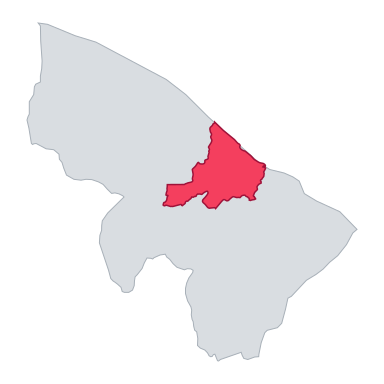 Grand Bassa on a map of Liberia (Albers equal-area conic projection), rotated 180°
{"feature_id": "LBR-785", "entity_name": "Grand Bassa", "entity_type": "County", "adm_level": 1, "iso_a3": "LBR", "parent_name": "Liberia", "parent_adm1": "", "projection": "albers", "projection_center": [-9.727, 6.117], "detail": "fine", "context": "in_parent", "style": "filled", "palette": "rose", "viewbox_px": 384, "rotation_deg": 180, "n_neighbors": 0, "source": "natural_earth", "source_scale": "10m", "svg_char_len": 6265}
<svg xmlns="http://www.w3.org/2000/svg" viewBox="0 0 384 384"><g transform="rotate(180 192 192)"><path d="M27.0,154.6L31.2,151.0L37.5,139.4L46.3,128.3L54.4,121.7L60.9,114.9L67.8,109.7L77.6,103.7L92.6,87.7L96.1,85.8L98.5,74.8L102.3,60.7L106.6,56.3L116.8,53.7L119.2,51.3L122.8,41.3L125.1,29.8L125.3,27.3L129.3,27.0L136.2,24.5L140.2,25.6L141.9,28.9L142.8,31.7L163.6,24.5L165.4,23.0L166.5,23.3L169.1,29.8L170.6,29.4L171.9,27.5L173.3,27.3L174.9,28.2L176.5,31.2L179.2,34.0L183.7,35.9L186.5,38.5L186.2,45.5L187.3,52.2L189.3,53.8L190.3,57.8L190.8,62.3L191.9,64.6L192.7,69.1L192.3,73.9L193.1,77.2L196.4,83.1L198.5,90.4L198.5,95.6L197.3,101.0L195.1,106.1L191.3,111.5L190.9,113.7L193.2,115.1L196.7,115.3L199.6,114.2L207.0,116.7L210.9,120.3L214.3,124.7L217.3,127.0L218.7,129.8L223.9,129.0L230.0,126.3L231.3,125.0L233.1,125.7L237.0,126.0L239.7,121.1L241.9,115.5L246.6,109.5L248.9,107.1L249.5,103.3L249.8,98.3L251.5,93.9L255.3,91.6L259.5,91.6L261.8,92.5L263.0,96.7L266.4,99.8L269.3,102.0L270.8,102.9L273.2,105.4L275.5,113.9L284.6,141.1L284.1,148.7L282.4,153.6L282.3,158.4L281.7,163.2L276.3,171.0L260.0,187.0L261.3,188.3L265.2,190.2L269.1,191.1L272.4,190.6L276.5,194.6L280.9,199.6L285.5,202.1L292.2,204.4L298.0,204.7L303.0,203.8L310.1,204.7L317.5,208.9L320.2,215.7L322.0,221.6L324.6,224.7L325.0,229.8L330.3,234.3L337.9,235.2L347.8,240.5L350.3,240.2L351.3,239.5L352.6,240.5L355.1,255.9L357.0,264.0L356.0,267.3L354.7,269.9L354.7,282.3L350.3,289.4L349.6,297.2L348.3,299.8L343.6,302.0L343.6,308.0L342.3,315.3L341.9,323.0L343.3,343.1L343.6,358.1L345.8,361.0L336.5,359.7L309.2,348.4L288.1,341.9L217.7,304.5L198.2,289.4L175.7,267.0L125.7,221.8L114.3,214.5L99.9,211.0L91.1,207.1L84.8,202.9L79.7,190.4L67.3,182.9L44.2,172.3L27.0,154.6Z" fill="#d9dde1" stroke="#a8b0b8" stroke-width="1"/><path d="M169.3,261.9L160.6,253.5L149.5,244.4L146.7,241.2L146.1,240.7L144.7,239.9L144.2,239.3L143.9,238.4L144.3,237.4L144.2,236.5L143.4,235.2L142.2,234.2L140.7,233.4L139.5,233.1L138.6,232.7L133.0,228.1L129.7,224.5L125.4,221.8L123.9,221.2L120.9,220.6L119.5,219.8L118.6,218.7L118.8,217.6L119.6,218.1L120.2,218.1L120.7,217.8L121.1,217.1L119.5,216.7L118.4,215.8L118.4,215.7L119.2,214.1L119.4,213.7L119.6,213.2L120.2,212.4L120.3,212.0L120.2,211.6L119.9,210.8L119.9,210.3L120.2,207.9L120.3,207.5L120.5,207.2L121.7,205.7L122.1,204.9L122.4,204.6L122.8,204.4L123.2,204.2L123.5,203.7L123.5,203.3L123.4,202.9L123.1,202.6L122.9,202.3L122.9,201.9L122.9,201.6L122.9,201.2L122.9,200.9L123.2,200.7L124.0,200.4L124.9,199.9L126.2,198.6L126.7,197.8L127.0,197.2L127.0,196.7L126.7,195.5L126.6,195.0L126.6,194.6L126.8,194.2L129.3,191.6L129.7,190.7L130.0,190.0L130.3,189.1L130.6,188.4L130.6,188.0L130.4,187.7L129.7,187.4L129.5,187.0L129.4,186.3L129.1,186.1L128.8,186.0L128.6,185.7L128.4,185.1L128.7,184.9L129.4,184.5L132.3,184.0L133.6,183.5L134.5,183.8L134.8,183.9L134.8,184.1L134.8,184.3L134.7,184.6L134.6,184.9L134.7,185.2L134.8,185.5L135.0,185.8L135.6,186.1L135.8,186.3L136.0,186.5L136.2,186.9L136.4,187.1L137.7,187.5L138.0,187.7L138.2,187.9L138.7,188.4L138.9,188.7L139.4,188.8L140.1,188.8L141.2,188.6L141.9,188.4L142.5,187.9L142.9,187.6L143.2,187.2L143.8,186.5L144.1,186.4L145.4,186.6L146.4,186.5L147.6,186.5L149.8,187.2L150.4,187.3L151.0,187.3L151.6,187.0L152.3,186.5L154.5,184.6L155.2,183.8L155.6,183.5L156.1,183.3L156.7,183.2L157.2,183.2L157.6,183.3L159.1,184.2L159.4,184.3L159.7,184.4L160.0,184.4L160.3,184.4L160.6,184.3L162.3,182.7L168.4,175.4L168.8,176.0L169.0,176.1L169.3,176.3L169.9,176.3L173.9,175.9L174.2,175.8L174.6,175.8L175.0,175.9L175.8,176.2L176.3,176.6L176.6,176.9L178.7,179.5L180.6,181.2L181.0,181.6L181.3,182.2L181.5,182.6L181.5,182.9L181.5,183.2L181.4,183.5L181.3,183.8L181.2,184.1L180.2,185.3L179.1,186.4L177.0,189.0L176.3,190.2L176.1,190.5L176.0,190.9L176.0,191.2L176.0,191.5L176.1,191.8L176.2,192.1L176.4,192.4L176.6,192.7L177.3,192.7L178.3,192.4L180.4,191.1L181.9,189.8L182.3,189.6L183.0,189.7L183.9,190.0L184.3,190.0L185.0,189.9L185.3,189.9L186.1,190.0L186.5,189.9L186.7,189.7L187.2,189.2L187.7,188.4L187.8,188.0L188.0,187.7L188.8,187.5L189.2,187.6L189.6,187.5L190.0,187.2L190.4,186.9L190.8,186.8L191.5,186.9L192.0,187.0L192.3,187.0L192.8,186.0L193.3,185.3L194.5,184.5L196.0,183.0L196.4,182.8L197.1,182.9L197.7,182.7L198.2,182.3L198.6,181.8L198.7,181.4L198.8,180.9L199.0,180.5L199.4,180.1L200.6,179.2L201.1,178.8L201.4,178.5L201.7,178.3L202.3,178.6L202.5,179.0L202.6,179.4L203.6,179.5L211.2,177.5L212.5,177.6L213.4,177.5L217.0,178.6L218.0,178.8L218.4,178.6L218.6,178.5L219.3,178.2L219.9,178.3L220.3,178.4L220.7,178.8L220.9,179.0L220.7,179.8L220.5,180.5L220.5,180.8L220.3,181.2L220.2,181.3L220.0,181.5L218.9,181.9L218.7,182.0L217.7,183.2L217.6,183.4L217.3,184.1L216.9,186.4L216.8,186.8L216.1,188.2L216.1,188.4L216.1,188.5L216.4,188.6L216.5,188.7L217.2,188.5L217.3,188.5L217.5,188.6L217.9,188.8L218.0,189.1L218.0,189.4L217.6,191.4L217.0,193.1L216.9,193.6L216.9,194.1L217.0,195.4L217.0,195.7L216.8,197.0L216.7,199.4L199.7,199.5L198.6,200.2L198.0,200.4L196.8,200.8L196.2,201.1L195.8,201.2L192.6,201.9L192.3,202.1L191.9,202.3L191.6,202.6L191.4,202.9L191.2,203.2L191.2,203.5L191.3,204.0L191.5,204.6L191.6,204.9L191.6,205.1L191.6,205.7L191.5,206.2L191.0,208.3L190.9,208.9L190.9,210.1L191.7,214.3L191.6,214.7L191.2,215.2L188.8,217.5L188.3,218.1L186.5,220.9L186.1,221.4L185.7,221.6L185.4,221.5L185.2,221.3L185.0,221.1L184.6,220.5L184.3,220.3L184.0,220.2L183.5,220.1L182.3,220.0L181.4,220.0L180.5,220.2L180.0,220.4L179.7,220.7L179.4,221.1L179.3,221.4L179.2,221.7L179.1,222.1L179.2,222.8L179.2,223.2L179.0,223.7L178.7,224.0L176.6,224.8L176.2,225.1L175.9,225.5L175.8,225.8L175.8,226.1L175.9,226.7L175.9,227.0L176.0,227.3L176.0,227.8L175.9,228.1L175.0,231.2L174.9,231.5L174.9,231.8L175.2,232.6L175.2,232.9L175.1,233.2L174.7,234.0L174.6,234.3L174.6,234.6L174.7,235.1L175.4,236.6L175.5,236.9L175.4,237.2L175.3,237.4L172.7,241.6L172.5,242.2L172.2,243.2L172.2,243.5L172.2,243.8L172.3,244.4L173.0,245.9L173.2,246.5L173.3,247.3L173.2,247.5L172.7,248.7L172.5,249.0L172.5,249.3L172.5,249.6L172.5,250.0L172.6,250.3L172.7,250.6L173.3,251.5L173.6,252.1L174.1,254.6L174.1,255.0L174.1,255.4L173.9,256.2L173.6,256.7L171.8,258.4L171.4,259.0L171.2,259.4L171.0,260.0L170.7,260.2L170.4,260.5L169.9,260.7L169.5,260.9L169.4,261.2L169.3,261.5L169.3,261.9L169.3,261.9Z" fill="#f43f5e" stroke="#9f1239" stroke-width="1.5"/></g></svg>